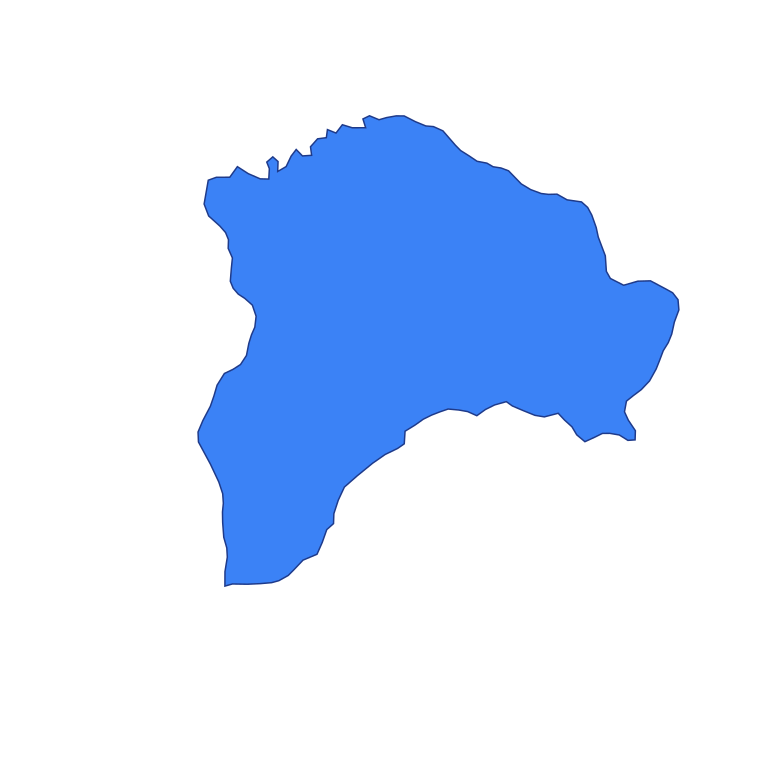 outline of Macatuba, São Paulo, Brazil, rotated 207°
{"feature_id": "56859067B58537129130586", "entity_name": "Macatuba", "entity_type": "district", "adm_level": 2, "iso_a3": "BRA", "parent_name": "Brazil", "parent_adm1": "São Paulo", "projection": "orthographic", "projection_center": [-48.72, -22.463], "detail": "fine", "context": "isolated", "style": "filled", "palette": "blue", "viewbox_px": 768, "rotation_deg": 207, "n_neighbors": 0, "source": "geoboundaries", "source_scale": "gbopen_adm2", "svg_char_len": 2139}
<svg xmlns="http://www.w3.org/2000/svg" viewBox="0 0 768 768"><g transform="rotate(207 384 384)"><path d="M554.5,572.3L557.2,562.0L552.3,554.9L560.2,550.2L568.7,553.1L570.2,544.9L569.9,533.3L575.2,525.1L579.4,534.1L586.2,535.9L589.2,528.5L583.9,523.8L579.7,514.3L587.4,510.6L600.4,509.8L613.3,511.1L615.3,498.2L627.2,492.1L633.1,485.8L626.0,462.7L616.5,454.1L601.9,450.2L593.9,447.0L588.1,442.0L584.4,434.1L576.3,427.5L572.5,417.7L567.6,405.8L561.8,400.8L554.6,397.9L547.0,397.1L537.1,394.5L528.7,386.3L524.9,376.0L524.4,367.6L522.9,358.9L519.5,347.0L520.7,336.2L525.2,328.5L531.0,320.9L532.2,307.2L530.1,296.1L528.6,285.3L528.8,269.2L527.9,256.8L523.0,248.1L502.3,233.8L486.7,221.7L477.9,213.0L473.0,204.8L469.8,196.6L464.9,187.4L457.2,174.7L449.6,166.5L445.0,158.6L440.5,144.6L434.0,131.7L428.3,137.0L414.8,143.6L403.7,149.9L393.9,156.0L388.4,161.0L382.4,170.0L380.1,177.1L376.2,190.3L366.4,201.9L367.1,214.8L368.9,228.3L365.6,236.7L369.8,245.7L372.0,259.7L372.5,274.2L366.2,290.0L358.2,308.2L351.0,321.7L342.6,332.8L338.8,339.9L343.8,351.5L337.7,361.5L333.0,370.5L327.4,378.0L321.6,384.5L315.5,390.8L305.5,394.8L296.9,397.4L286.9,397.9L282.0,407.4L275.9,415.6L267.0,423.8L259.7,422.7L247.9,423.5L235.3,424.6L226.2,427.5L215.5,437.0L206.7,433.8L197.1,431.2L189.2,426.2L178.8,423.8L171.9,432.5L167.0,439.1L160.5,442.5L151.2,445.4L141.1,444.5L134.9,448.2L138.8,456.5L149.9,462.7L157.1,468.4L160.2,478.8L156.6,486.8L152.2,495.8L148.8,507.3L148.3,520.9L149.1,529.6L150.3,540.4L149.5,549.9L150.3,559.1L153.4,571.0L154.9,583.9L160.3,592.6L168.2,596.3L175.9,596.6L193.4,596.9L204.6,590.8L215.3,580.8L230.2,580.8L237.0,585.3L245.0,598.7L252.6,605.6L259.8,612.2L266.0,619.8L275.5,628.8L282.7,633.8L290.7,635.9L304.5,631.2L316.0,631.7L323.6,627.6L330.4,625.1L341.6,623.8L352.6,624.6L369.8,630.5L377.8,629.6L385.4,627.1L392.6,627.5L402.2,624.7L411.8,625.9L421.7,626.8L428.9,629.2L446.4,636.3L456.8,635.8L463.9,632.9L475.1,632.0L487.7,632.0L494.9,628.4L502.6,622.6L508.4,617.2L518.7,616.4L523.1,610.6L516.7,604.0L528.6,597.9L538.8,596.1L540.7,585.8L549.9,585.0L547.2,577.3L554.5,572.3Z" fill="#3b82f6" stroke="#1e3a8a" stroke-width="1.5"/></g></svg>